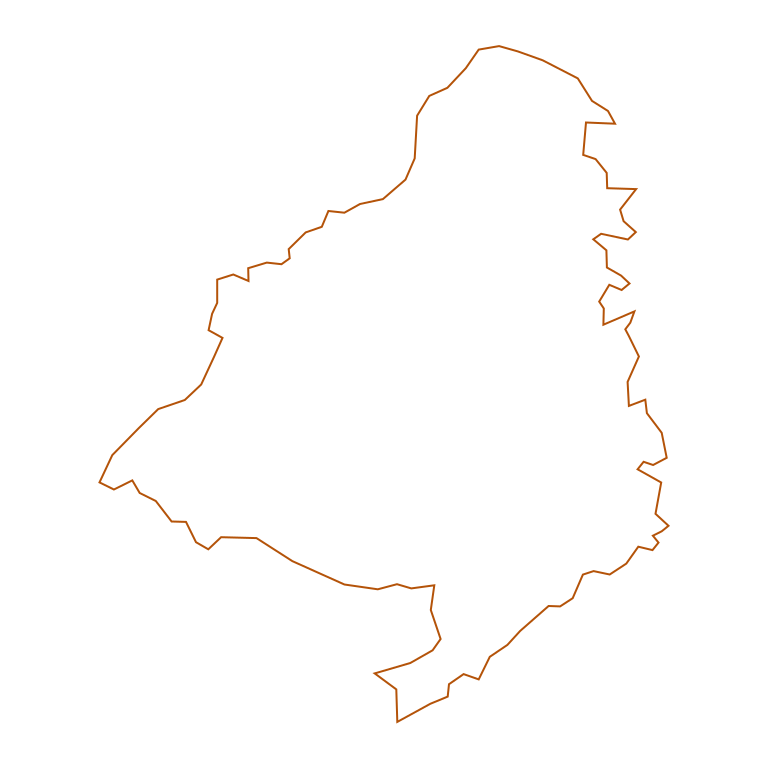 Baysun, Surkhandarya, Uzbekistan (Natural Earth projection)
{"feature_id": "79887680B59449198277137", "entity_name": "Baysun", "entity_type": "district", "adm_level": 2, "iso_a3": "UZB", "parent_name": "Uzbekistan", "parent_adm1": "Surkhandarya", "projection": "natural_earth1", "projection_center": [67.242, 38.144], "detail": "fine", "context": "isolated", "style": "outline", "palette": "amber", "viewbox_px": 768, "rotation_deg": 0, "n_neighbors": 0, "source": "geoboundaries", "source_scale": "gbopen_adm2", "svg_char_len": 1569}
<svg xmlns="http://www.w3.org/2000/svg" viewBox="0 0 768 768"><path d="M447.4,87.8L429.3,95.9L417.1,115.7L414.7,158.4L405.5,179.6L382.9,199.1L360.0,204.0L344.4,212.7L328.4,211.0L321.8,226.8L305.7,232.4L288.7,249.1L289.7,258.3L281.5,264.2L266.8,262.6L248.2,268.2L248.5,281.0L233.3,274.5L217.2,279.6L217.2,302.9L212.1,313.8L208.6,330.2L222.5,337.9L214.1,356.7L201.2,384.5L184.8,400.0L158.2,409.1L138.7,428.2L112.3,455.1L99.5,482.4L113.9,489.5L132.3,480.4L139.7,493.0L155.8,501.0L171.6,521.5L186.0,521.9L196.0,542.2L208.3,549.3L221.1,537.2L256.5,538.1L292.3,561.1L344.4,584.5L377.8,589.3L397.0,584.2L411.3,588.4L434.3,585.3L430.8,610.0L440.6,639.0L432.6,650.3L410.3,663.0L374.7,673.4L396.3,689.4L397.3,721.9L430.3,703.8L447.7,696.6L449.0,684.2L463.6,674.1L478.7,679.4L489.8,656.8L507.4,644.9L520.2,630.9L548.6,606.0L560.1,606.4L572.7,598.2L582.9,574.6L593.6,571.1L609.7,574.5L626.3,563.6L638.3,546.7L652.5,550.1L658.5,542.6L652.9,535.7L661.7,531.3L668.5,525.8L655.5,513.8L661.2,482.5L637.6,469.3L643.6,461.8L653.1,465.0L666.7,457.8L661.7,432.8L646.9,413.2L645.3,399.7L628.9,405.9L627.6,381.9L638.9,356.5L628.9,336.1L625.3,329.3L630.3,322.7L634.4,311.4L603.4,324.7L603.8,308.5L599.2,301.6L609.3,284.8L621.6,290.0L629.5,283.5L621.1,275.6L606.9,267.5L606.4,250.3L593.3,239.3L601.1,233.8L627.9,239.5L635.8,232.1L623.6,221.2L620.1,209.6L636.1,189.1L607.2,188.2L606.7,172.9L595.6,159.1L583.2,154.9L586.0,122.5L615.0,123.7L608.0,111.0L592.0,100.9L577.8,78.4L542.7,60.3L517.8,51.4L499.1,46.1L478.7,49.6L465.8,68.2L447.4,87.8Z" fill="none" stroke="#b45309" stroke-width="2"/></svg>